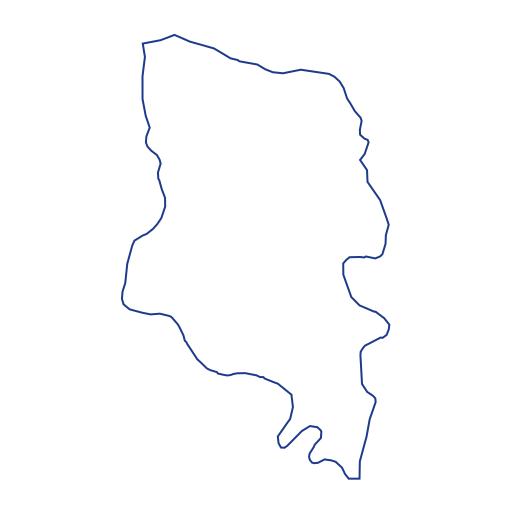 outline of Sansare, El Progreso, Guatemala, rotated 98°
{"feature_id": "79465075B35387126526580", "entity_name": "Sansare", "entity_type": "district", "adm_level": 2, "iso_a3": "GTM", "parent_name": "Guatemala", "parent_adm1": "El Progreso", "projection": "orthographic", "projection_center": [-90.08, 14.753], "detail": "fine", "context": "isolated", "style": "outline", "palette": "blue", "viewbox_px": 512, "rotation_deg": 98, "n_neighbors": 0, "source": "geoboundaries", "source_scale": "gbopen_adm2", "svg_char_len": 2087}
<svg xmlns="http://www.w3.org/2000/svg" viewBox="0 0 512 512"><g transform="rotate(98 256 256)"><path d="M206.6,128.9L199.9,132.2L183.3,140.9L167.1,155.9L155.5,158.0L146.4,166.3L139.9,162.6L127.8,160.3L125.5,161.6L124.7,164.9L121.4,169.8L116.7,170.7L107.5,170.2L104.5,171.7L98.9,178.2L91.8,183.8L87.2,187.8L77.6,192.5L71.6,197.4L67.5,203.4L65.5,209.1L65.3,237.6L71.3,254.7L71.7,264.9L69.8,272.8L66.2,281.3L65.5,299.7L64.5,301.3L63.8,308.7L56.3,326.5L52.9,351.3L48.4,367.5L55.6,380.6L61.4,397.7L74.3,393.7L93.8,393.4L116.4,390.2L132.6,384.7L143.7,379.1L152.9,381.2L159.0,380.8L162.8,378.6L166.3,374.4L169.8,368.2L174.0,364.9L177.8,363.3L187.0,364.7L193.0,363.5L194.5,362.3L202.2,359.0L211.0,354.2L219.7,352.8L231.5,355.0L238.0,358.1L243.4,361.7L249.3,367.3L251.6,371.2L257.7,378.5L262.9,380.0L281.6,382.4L301.1,381.7L309.7,383.2L317.1,382.8L322.3,380.4L326.4,373.8L328.0,360.7L328.5,352.3L326.5,343.2L327.4,333.8L328.0,331.6L328.8,330.5L334.6,323.9L337.0,322.0L344.7,316.8L349.8,314.7L351.0,313.0L352.4,312.1L366.4,299.8L368.3,297.0L374.2,288.9L375.4,285.3L376.4,278.6L377.7,277.3L378.2,271.2L378.3,268.4L377.9,266.1L377.1,264.0L376.0,262.0L374.8,258.4L373.5,250.4L374.1,238.9L375.3,235.2L374.9,231.8L376.1,230.5L378.4,221.3L379.4,216.6L388.4,201.6L400.5,198.4L412.6,199.5L416.7,201.7L431.7,209.3L438.2,207.6L442.2,204.6L441.9,201.1L439.7,198.7L422.9,186.2L416.9,178.9L417.0,171.4L419.6,167.7L421.0,166.8L427.2,166.4L434.7,171.6L437.1,172.2L444.2,175.4L447.6,175.5L450.4,174.3L452.8,171.8L453.1,169.8L452.2,165.9L447.9,159.8L447.9,153.1L448.7,148.5L453.7,141.3L459.5,137.5L463.6,133.2L462.1,122.5L444.9,124.6L419.4,121.4L401.9,120.7L384.1,117.2L380.4,118.0L378.2,120.6L375.1,127.0L368.0,133.2L339.6,138.8L336.2,139.0L332.3,137.3L329.6,135.6L326.9,131.7L319.4,121.2L319.4,119.2L316.0,115.7L310.1,114.3L305.4,114.4L299.6,120.6L294.5,129.9L294.7,131.1L290.5,146.6L283.4,155.9L262.4,166.9L251.2,168.6L247.1,165.9L244.2,163.2L242.5,152.9L242.4,148.7L241.2,147.1L241.8,137.6L239.2,133.1L236.7,131.1L226.0,129.4L217.3,130.3L206.6,128.9Z" fill="none" stroke="#1e3a8a" stroke-width="2"/></g></svg>